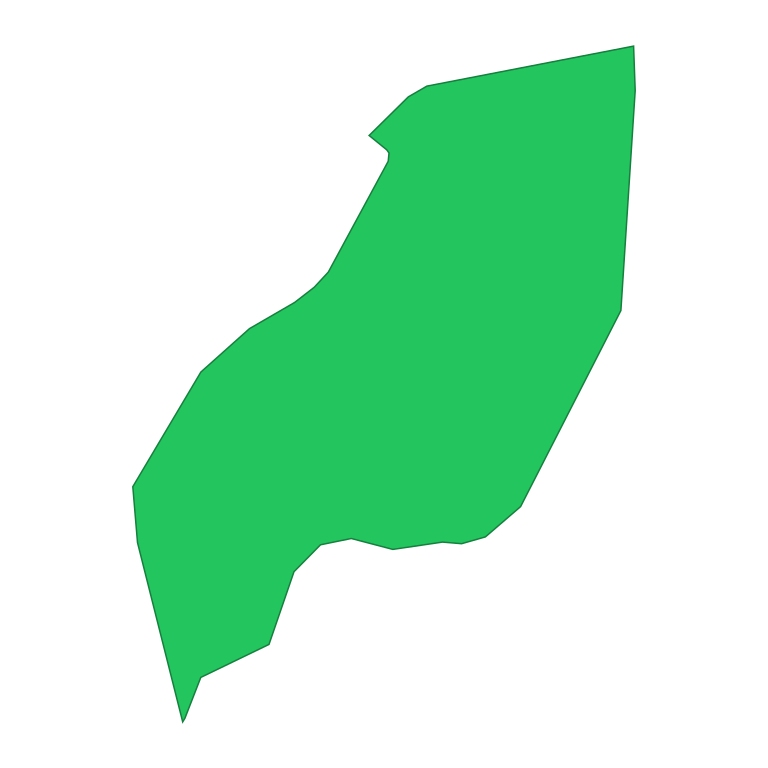 map outline of Saint Patrick (Robinson projection)
{"feature_id": "DMA-1439", "entity_name": "Saint Patrick", "entity_type": "Parish", "adm_level": 1, "iso_a3": "DMA", "parent_name": "Dominica", "parent_adm1": "", "projection": "robinson", "projection_center": [-61.309, 15.272], "detail": "fine", "context": "isolated", "style": "filled", "palette": "green", "viewbox_px": 768, "rotation_deg": 0, "n_neighbors": 0, "source": "natural_earth", "source_scale": "10m", "svg_char_len": 475}
<svg xmlns="http://www.w3.org/2000/svg" viewBox="0 0 768 768"><path d="M633.6,46.1L635.2,90.6L620.9,310.5L520.6,506.6L485.4,536.9L461.6,543.7L442.5,542.1L392.8,549.4L351.3,538.5L320.5,544.8L294.0,571.7L269.0,644.4L200.8,677.4L184.9,718.3L182.7,721.9L137.5,542.6L132.8,486.7L200.9,372.0L249.5,328.6L294.7,302.4L314.3,287.2L328.3,272.1L388.2,161.3L389.0,153.0L386.7,149.8L369.1,135.5L408.4,96.8L426.9,86.1L633.6,46.1Z" fill="#22c55e" stroke="#15803d" stroke-width="1.5"/></svg>